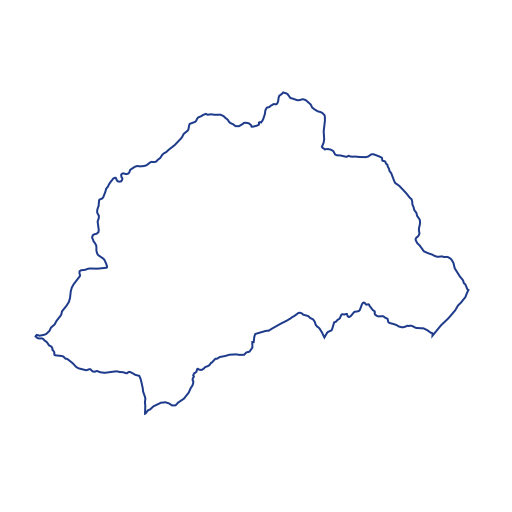 Betéitiva, Boyacá, Colombia, rotated 184°
{"feature_id": "7082276B99729391048733", "entity_name": "Betéitiva", "entity_type": "district", "adm_level": 2, "iso_a3": "COL", "parent_name": "Colombia", "parent_adm1": "Boyacá", "projection": "orthographic", "projection_center": [-72.847, 5.922], "detail": "fine", "context": "isolated", "style": "outline", "palette": "blue", "viewbox_px": 512, "rotation_deg": 184, "n_neighbors": 0, "source": "geoboundaries", "source_scale": "gbopen_adm2", "svg_char_len": 6104}
<svg xmlns="http://www.w3.org/2000/svg" viewBox="0 0 512 512"><g transform="rotate(184 256 256)"><path d="M331.3,383.2L331.9,381.2L332.2,377.7L332.8,376.4L336.6,372.8L338.0,369.6L339.1,367.9L344.8,361.0L350.5,355.9L352.8,353.4L355.0,352.0L356.6,350.4L358.3,347.2L360.8,345.0L361.9,343.5L362.8,343.0L364.0,342.6L367.0,342.6L368.7,341.5L371.0,339.3L372.6,338.4L374.3,337.9L377.9,337.3L380.7,337.5L383.0,336.6L387.5,333.2L388.3,330.4L389.1,329.4L390.7,328.7L391.9,328.7L394.1,329.2L394.9,329.0L395.9,328.2L396.1,327.7L396.1,326.8L395.6,325.2L394.8,324.4L394.7,323.5L395.1,322.1L395.9,321.0L397.5,320.6L399.2,320.9L400.4,322.3L401.1,323.9L401.5,324.2L402.2,324.2L403.7,323.4L406.5,319.3L407.5,317.6L408.7,314.6L410.1,312.8L410.8,309.4L412.5,303.9L413.6,302.5L415.6,301.6L416.1,301.2L416.4,300.7L416.5,295.1L417.5,291.3L417.6,289.2L417.3,287.9L415.5,285.0L415.5,282.7L416.4,279.3L414.7,271.2L414.8,268.9L416.2,267.4L417.2,266.8L418.6,266.5L420.2,265.4L420.7,263.7L420.7,262.8L418.9,259.1L417.4,257.4L416.1,255.3L415.8,253.2L415.6,250.3L414.6,247.3L413.4,245.8L408.1,242.7L407.1,241.8L405.0,238.0L404.0,235.6L403.9,234.2L404.6,233.8L413.3,232.3L421.4,231.9L423.6,231.2L425.4,230.3L429.4,229.6L430.7,228.7L431.0,228.1L431.0,227.5L430.8,226.1L430.2,224.7L430.3,223.6L435.8,215.3L437.5,211.8L438.3,208.0L438.6,201.3L439.4,197.2L441.5,193.3L445.7,187.2L446.1,184.2L446.6,183.1L450.5,177.3L452.1,173.7L455.5,170.3L456.8,166.9L459.9,163.5L462.2,162.5L466.4,161.4L469.0,162.0L469.9,161.2L470.3,160.4L468.1,158.8L466.0,158.6L463.9,158.9L462.7,158.5L460.8,156.8L459.1,155.8L458.4,155.2L456.2,152.4L453.7,151.3L452.6,149.5L452.6,148.3L451.8,147.7L450.5,145.9L450.3,143.5L450.0,143.2L448.9,142.9L442.9,142.7L441.2,142.3L438.9,140.3L437.3,140.2L435.8,139.3L431.3,136.2L427.7,132.8L425.3,131.6L417.6,130.2L416.7,130.4L414.8,131.3L413.7,131.5L413.2,131.4L411.2,129.7L410.5,129.4L408.7,129.3L407.4,130.0L406.5,130.2L403.5,129.2L398.8,128.9L388.1,131.1L386.1,131.2L384.2,130.8L380.5,130.8L377.4,130.0L376.4,130.1L375.3,131.2L374.4,131.6L373.6,131.5L370.6,130.3L368.1,129.0L364.1,128.3L362.7,125.7L361.8,123.1L359.7,116.0L359.2,113.0L357.0,107.9L356.4,105.9L356.6,102.2L356.0,99.0L355.7,91.0L355.1,91.3L353.0,94.5L350.9,95.6L347.8,98.9L340.4,103.1L337.7,103.4L336.6,103.8L335.9,103.7L332.3,102.8L329.4,101.1L326.2,101.3L325.4,101.9L323.3,104.5L318.0,108.6L313.6,115.0L312.0,119.5L310.5,122.1L309.8,124.5L309.8,126.7L310.5,127.6L310.6,128.3L310.6,129.3L309.6,131.1L309.6,131.6L310.3,132.3L310.2,132.9L309.5,134.7L308.3,135.4L307.4,136.4L306.8,139.0L306.4,139.4L306.0,139.4L305.4,138.9L304.2,138.6L302.8,138.5L302.0,138.7L300.2,140.1L299.5,141.1L298.6,141.8L296.2,142.9L295.4,143.5L294.6,144.2L293.5,146.2L292.6,146.6L289.5,150.5L288.8,150.8L288.1,150.7L287.4,151.0L285.1,152.7L280.1,154.0L275.4,155.7L268.8,156.5L266.0,156.2L261.0,156.6L259.2,158.8L258.2,159.4L256.6,159.8L255.7,160.3L253.2,164.4L253.7,169.9L252.3,169.9L252.1,174.8L251.7,176.9L251.2,178.2L241.7,181.7L239.5,182.3L238.2,182.3L234.8,184.8L226.6,190.2L220.7,193.7L217.0,196.3L215.3,197.8L213.6,198.8L209.9,202.0L208.9,202.4L207.4,202.3L206.0,201.8L204.9,200.8L200.1,199.8L199.0,199.2L197.9,198.1L194.6,196.7L192.8,194.5L191.6,191.4L189.9,189.7L188.7,189.1L187.5,188.0L184.8,184.2L182.1,179.5L179.7,184.4L179.0,185.2L175.5,187.1L174.9,188.6L173.4,195.3L171.8,195.9L170.1,198.1L169.0,198.7L168.1,199.7L166.7,203.4L166.0,203.9L163.7,203.8L161.9,204.5L161.3,204.5L160.3,202.3L159.2,201.6L158.6,201.7L157.1,202.9L154.3,206.8L153.5,207.3L151.2,207.7L149.3,208.5L148.6,209.6L146.9,215.3L146.1,216.6L145.6,217.0L144.8,217.0L144.0,216.6L143.2,215.5L142.7,215.2L142.2,215.2L140.6,215.7L139.8,215.3L139.5,214.5L138.5,213.3L135.7,210.2L133.8,209.1L133.5,208.2L133.7,207.4L133.2,205.9L130.8,204.5L129.7,204.3L125.2,204.8L124.1,204.3L123.1,203.6L120.4,202.5L119.5,199.5L118.8,198.8L117.6,198.4L113.9,197.7L110.7,196.8L108.8,195.7L106.3,195.2L104.6,195.1L102.4,195.8L100.1,197.0L99.0,196.8L97.0,197.3L95.1,197.0L92.2,195.7L90.9,195.4L83.8,195.5L79.9,193.9L76.4,191.7L75.0,191.4L74.4,191.0L74.4,188.8L66.5,199.9L59.8,207.2L58.0,209.6L53.5,215.7L51.0,220.8L48.0,224.1L47.1,225.6L44.3,229.5L42.8,234.3L41.7,236.9L42.8,237.5L45.2,242.3L46.8,243.5L47.6,245.8L48.4,246.9L51.2,249.8L56.9,257.6L58.6,262.9L60.2,265.3L61.5,266.8L64.2,268.2L65.4,268.4L68.3,268.1L70.5,268.6L74.3,267.9L75.7,268.0L78.3,268.7L80.0,269.6L84.6,270.8L88.9,272.4L93.5,278.0L95.9,279.9L97.6,282.6L98.0,283.9L97.3,285.5L95.9,286.7L95.1,288.0L94.5,290.0L95.2,292.6L95.4,294.8L94.6,299.8L95.0,303.1L95.9,304.6L98.1,307.3L99.0,310.2L101.2,312.7L102.5,316.3L103.5,318.1L104.1,321.7L104.8,323.5L106.5,324.7L110.6,329.2L117.9,335.9L122.3,338.6L123.5,340.7L126.4,347.0L127.0,348.2L128.7,350.0L129.4,352.2L130.9,354.6L131.3,356.2L132.7,357.2L133.7,359.2L134.6,359.6L136.0,359.7L136.7,360.2L137.1,362.4L137.5,362.9L140.0,363.9L145.5,365.6L146.6,365.7L148.3,365.3L151.1,363.0L153.4,362.3L158.4,362.0L164.7,362.1L166.5,361.8L168.4,361.8L170.7,362.4L172.4,361.3L173.4,361.3L178.7,362.2L182.1,362.1L183.6,362.5L184.4,363.1L186.1,365.9L187.5,366.7L188.9,367.3L191.4,367.7L193.1,367.6L194.8,367.1L195.8,367.9L196.9,368.4L197.9,369.5L196.5,373.5L196.1,377.1L197.2,385.0L196.7,395.7L197.0,399.7L197.5,401.3L199.8,403.3L201.4,404.0L204.7,404.7L208.1,406.5L210.4,408.1L211.7,410.5L212.3,411.2L217.3,415.0L219.6,415.6L220.5,415.6L224.0,414.4L225.7,414.3L231.3,415.8L232.6,415.9L235.9,419.8L237.7,420.5L240.3,421.0L241.3,419.7L243.9,417.5L244.5,415.5L244.7,412.0L245.4,409.8L246.0,409.0L246.7,408.7L248.8,408.8L249.4,408.6L250.2,407.9L251.7,407.0L253.1,405.5L255.2,404.9L255.7,404.5L256.8,402.0L257.1,398.0L258.4,392.9L259.5,390.6L260.4,390.0L260.4,389.6L261.4,389.8L262.4,389.3L262.2,387.6L262.4,387.1L264.4,386.0L268.0,384.8L269.4,384.7L269.9,386.0L272.1,387.7L273.2,388.0L275.8,388.2L277.4,387.9L278.4,386.8L282.1,384.3L285.5,384.1L288.0,385.8L291.2,387.0L292.8,388.6L293.1,389.3L294.4,390.5L295.9,391.4L298.1,393.3L301.4,394.5L306.7,394.0L310.7,394.2L313.8,393.6L314.5,393.6L315.9,394.3L318.7,393.0L320.3,391.7L323.2,390.3L324.4,388.7L325.1,386.7L326.2,385.5L331.3,383.2Z" fill="none" stroke="#1e3a8a" stroke-width="2"/></g></svg>